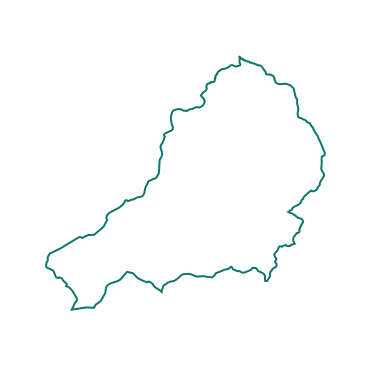 Luncoiu De Jos, Hunedoara, Romania, rotated 284°
{"feature_id": "2599482B97743802111601", "entity_name": "Luncoiu De Jos", "entity_type": "district", "adm_level": 2, "iso_a3": "ROU", "parent_name": "Romania", "parent_adm1": "Hunedoara", "projection": "albers", "projection_center": [22.778, 46.083], "detail": "fine", "context": "isolated", "style": "outline", "palette": "teal", "viewbox_px": 384, "rotation_deg": 284, "n_neighbors": 0, "source": "geoboundaries", "source_scale": "gbopen_adm2", "svg_char_len": 6052}
<svg xmlns="http://www.w3.org/2000/svg" viewBox="0 0 384 384"><g transform="rotate(284 192 192)"><path d="M190.8,306.7L192.5,304.6L192.5,302.6L192.8,301.9L192.5,301.1L193.3,299.5L194.1,298.1L194.2,297.3L194.8,295.8L195.2,295.2L195.3,294.4L195.4,291.9L196.0,290.3L196.5,290.9L197.8,291.7L198.6,293.0L199.7,293.4L200.5,293.4L201.5,293.8L205.6,298.5L207.4,299.8L209.4,300.3L210.7,300.3L212.2,301.4L213.4,301.5L214.6,301.9L216.9,303.4L218.7,304.4L222.1,307.2L221.8,308.1L222.1,309.8L223.7,311.7L225.1,312.8L226.1,312.5L226.3,312.6L227.3,313.2L228.0,313.4L229.3,314.0L230.1,314.2L231.7,313.9L232.6,314.2L234.0,314.2L234.3,314.3L234.7,314.6L235.9,315.1L236.8,315.3L237.7,315.4L238.7,316.0L239.5,316.2L240.3,316.1L241.4,315.6L241.8,315.2L242.7,314.4L243.5,313.5L244.5,312.6L245.7,311.8L246.5,311.6L247.1,311.6L248.0,311.5L249.7,311.1L252.6,310.7L253.1,310.4L257.0,309.4L257.8,309.5L258.1,309.9L259.6,311.6L260.6,311.8L262.6,311.0L270.4,305.3L274.7,301.8L276.8,300.4L278.4,298.4L281.5,295.1L282.6,294.5L283.8,293.7L285.1,291.6L286.1,290.6L287.1,290.0L287.6,286.9L287.9,286.1L288.6,285.7L288.9,285.0L289.3,284.1L289.3,282.7L289.6,282.0L289.7,281.3L290.1,279.6L290.0,277.9L290.1,277.5L290.9,276.6L291.7,276.3L292.8,275.8L294.9,275.3L296.7,275.4L299.9,274.5L302.9,272.7L305.0,272.2L306.8,271.9L307.8,271.2L308.5,270.1L309.0,269.7L311.6,268.4L313.4,267.3L316.1,266.2L317.0,265.6L318.6,263.0L319.3,261.8L319.7,258.0L319.7,256.2L319.6,255.8L318.8,254.3L318.3,252.2L317.9,251.5L317.8,250.9L317.7,249.6L318.1,247.7L318.6,246.8L319.2,246.2L320.0,245.6L320.6,245.1L321.0,244.8L321.9,244.7L322.8,244.3L323.7,243.3L324.2,242.7L324.4,241.5L324.7,241.1L324.9,239.9L324.8,238.9L324.3,237.1L324.3,236.2L324.4,235.6L324.7,235.0L325.4,234.9L326.2,234.4L326.6,233.9L326.9,233.4L327.7,232.7L328.4,231.6L329.6,230.6L330.6,229.4L331.3,227.0L331.0,226.2L331.0,224.1L331.4,223.3L331.7,221.0L331.5,219.9L331.6,219.5L332.0,218.4L331.9,218.0L331.5,217.1L332.2,216.2L332.3,215.7L332.2,215.1L332.0,214.5L332.0,214.0L332.4,213.3L332.5,212.9L332.3,212.3L332.2,211.8L332.4,211.3L332.8,210.7L332.9,210.4L332.6,210.1L332.6,209.8L333.2,209.4L333.4,209.1L333.1,208.6L333.0,208.2L335.2,204.8L333.2,206.0L329.6,206.6L327.9,207.8L326.6,208.0L325.5,206.5L324.3,204.0L324.9,200.5L324.6,199.3L322.0,197.2L319.7,194.5L318.8,191.9L318.0,190.9L316.9,189.9L315.9,189.3L315.5,188.6L314.0,187.9L312.5,187.7L311.8,187.3L311.7,187.3L311.7,187.5L310.8,186.9L310.3,186.7L310.0,186.7L309.3,187.1L307.8,186.6L307.6,186.7L307.6,187.1L307.1,187.1L305.1,187.0L305.0,186.9L304.2,186.6L303.9,186.0L303.6,185.3L303.2,183.7L302.2,183.5L302.1,183.1L302.0,182.7L301.7,182.2L300.2,180.5L299.8,180.3L298.6,180.5L297.2,180.5L296.3,181.1L295.6,181.3L294.9,181.3L294.0,181.1L293.5,180.8L291.6,179.0L290.7,178.4L288.5,177.7L288.3,177.4L287.9,177.3L287.5,177.6L287.1,178.0L286.7,178.8L285.3,180.9L284.8,181.3L283.6,181.9L283.2,182.5L282.7,182.5L280.6,182.3L278.6,181.6L277.6,180.8L276.6,179.8L275.8,178.8L275.7,178.5L275.5,176.2L275.3,175.5L274.7,174.8L273.8,173.5L272.4,172.0L272.1,170.8L271.8,170.2L271.0,168.8L270.7,168.5L270.2,168.2L269.5,167.6L269.3,167.2L269.4,166.9L269.2,165.9L268.9,164.1L269.0,163.4L269.3,162.6L269.5,161.5L269.4,159.6L269.2,158.8L268.9,158.0L268.5,157.1L267.9,156.3L267.1,154.8L266.5,154.3L264.7,153.5L263.2,153.3L260.1,153.4L258.9,153.6L256.6,154.2L253.0,155.9L250.0,157.9L249.5,158.1L249.0,158.1L248.5,158.1L247.0,157.4L246.3,156.7L244.6,154.5L243.5,153.3L242.7,152.1L242.2,151.6L241.5,151.2L240.8,151.0L240.5,151.0L240.1,151.3L239.7,151.6L239.3,152.3L237.3,152.0L236.5,152.1L235.4,152.1L233.8,151.6L232.2,151.4L230.8,150.7L229.1,150.4L228.1,150.6L227.0,150.9L225.6,151.8L224.0,152.9L221.6,153.9L220.6,154.0L219.6,153.9L218.4,153.8L216.5,153.2L215.5,153.0L214.4,153.0L209.7,153.9L204.9,154.9L202.7,155.2L201.8,155.2L200.8,155.0L199.9,154.6L197.9,154.2L197.4,153.9L196.3,153.0L195.2,151.1L193.9,149.8L191.9,147.2L191.3,147.0L188.8,146.6L187.1,146.1L185.5,145.8L181.4,145.8L179.8,146.1L176.9,145.4L176.5,145.2L175.7,144.4L174.8,142.9L173.6,140.4L172.5,138.9L171.4,138.0L170.7,137.1L170.2,135.7L167.7,132.2L168.2,130.5L167.5,129.2L165.2,128.8L162.2,127.4L158.6,124.5L155.5,120.8L151.5,116.6L148.9,115.3L146.8,115.0L145.6,115.4L144.4,116.5L136.7,114.5L126.8,107.4L125.1,101.6L121.0,96.8L121.3,94.0L118.9,91.3L105.8,78.4L97.7,68.8L93.7,67.8L90.5,68.6L90.0,68.5L89.4,68.2L88.8,68.0L86.1,68.1L84.7,68.3L84.4,68.5L83.9,69.0L83.6,69.2L83.5,69.8L82.7,74.0L82.1,76.5L79.9,78.2L77.0,80.2L76.3,81.1L76.3,83.3L77.0,83.8L76.7,86.6L74.8,88.5L72.7,92.5L72.1,92.9L70.1,92.7L70.0,95.0L68.6,97.7L66.9,100.1L60.8,106.1L58.8,106.5L56.1,105.3L48.8,103.8L54.5,117.6L55.9,124.9L59.2,125.7L64.2,129.8L73.0,132.3L78.8,131.7L81.8,133.1L84.1,135.8L87.6,141.5L89.9,143.8L98.8,148.3L98.9,154.1L96.2,158.6L95.1,160.9L93.8,167.3L93.5,170.2L94.6,171.4L94.5,173.1L93.1,176.5L91.7,177.4L90.4,179.9L88.9,184.4L87.7,186.7L89.1,186.5L93.0,186.9L94.2,186.9L96.4,189.0L97.9,190.1L99.8,192.7L101.0,195.2L101.6,196.5L104.7,199.1L109.4,202.2L110.4,204.3L111.8,208.7L111.8,211.8L111.0,217.1L112.1,220.2L112.5,221.7L113.0,222.7L113.4,228.0L114.0,232.1L116.7,234.1L118.8,234.6L121.7,238.7L124.4,242.3L126.3,246.1L128.8,247.8L129.0,248.5L126.9,250.4L126.2,255.2L126.7,257.4L125.9,259.9L126.5,262.4L130.6,267.9L133.1,269.2L133.6,272.3L133.4,272.8L132.3,274.3L131.2,275.4L130.7,279.3L129.8,281.5L128.3,283.2L126.2,283.6L124.5,284.0L123.4,284.6L123.9,286.5L126.3,287.2L128.6,288.0L129.9,287.9L132.3,287.4L134.1,287.6L135.1,288.4L137.0,288.8L139.6,291.5L141.5,291.9L143.0,291.2L143.6,290.2L144.5,289.3L146.6,290.2L147.9,289.9L148.4,288.7L149.6,288.2L150.3,287.3L151.5,286.9L152.8,287.4L155.5,288.9L159.9,289.8L160.4,290.2L160.7,291.2L160.6,292.3L161.9,293.6L163.1,295.6L163.1,296.4L162.6,297.3L162.9,299.2L163.5,299.6L163.6,300.4L164.9,301.3L165.7,302.9L166.7,304.2L167.6,303.2L169.8,301.8L172.1,301.5L173.2,301.7L174.8,302.5L177.4,303.5L177.6,304.6L178.7,305.4L179.6,305.8L180.3,305.8L181.2,305.2L181.8,305.2L182.7,305.5L183.9,305.4L185.1,306.0L185.8,305.9L186.7,306.0L188.9,306.9L190.8,306.7Z" fill="none" stroke="#0f766e" stroke-width="2"/></g></svg>